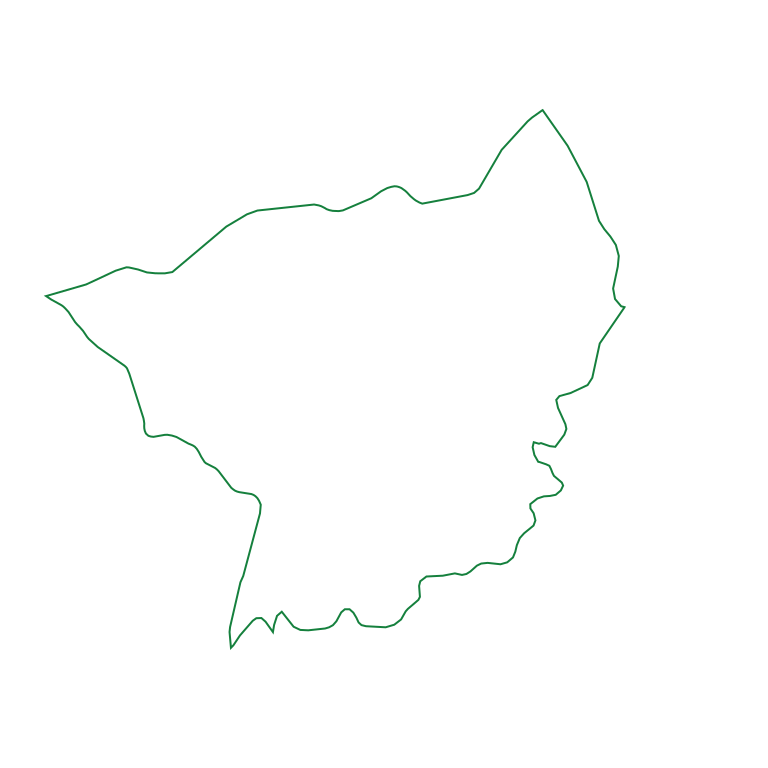 the border of Soriano, rotated 155°
{"feature_id": "URY-11", "entity_name": "Soriano", "entity_type": "Department", "adm_level": 1, "iso_a3": "URY", "parent_name": "Uruguay", "parent_adm1": "", "projection": "robinson", "projection_center": [-57.662, -33.492], "detail": "fine", "context": "isolated", "style": "outline", "palette": "green", "viewbox_px": 768, "rotation_deg": 155, "n_neighbors": 0, "source": "natural_earth", "source_scale": "10m", "svg_char_len": 2662}
<svg xmlns="http://www.w3.org/2000/svg" viewBox="0 0 768 768"><g transform="rotate(155 384 384)"><path d="M124.5,565.2L116.9,522.3L114.9,481.5L120.2,441.0L118.9,431.2L116.5,421.9L115.1,412.0L117.1,400.8L122.5,391.6L136.0,373.7L138.7,363.4L136.2,354.2L133.5,352.0L133.6,351.9L171.3,329.6L192.6,301.6L199.9,297.0L218.8,297.0L230.1,298.9L234.6,296.8L236.4,288.8L236.6,270.9L237.7,266.2L242.0,261.9L255.3,254.7L260.0,257.6L266.7,264.1L268.8,264.4L272.9,267.9L276.0,263.9L277.7,256.1L277.1,248.3L276.0,247.5L271.0,242.7L268.7,240.0L268.6,236.3L268.9,232.2L268.8,228.9L264.5,219.5L264.6,216.2L268.7,212.8L275.2,211.0L280.9,212.4L286.6,214.6L293.3,215.4L302.2,213.3L303.9,209.3L303.0,203.6L304.4,196.4L308.3,192.5L320.1,189.5L326.0,187.0L331.7,181.8L335.8,176.6L340.4,172.3L347.7,170.3L354.6,171.4L365.7,178.1L371.8,180.2L376.6,180.1L384.9,177.6L389.6,177.0L394.0,178.0L399.8,182.4L411.7,185.4L426.9,191.6L434.5,189.9L437.5,186.2L441.4,175.9L444.1,173.8L457.4,170.1L460.4,168.8L468.0,163.4L476.4,161.5L485.3,162.8L502.7,172.1L506.3,175.0L507.8,178.6L507.8,183.9L508.4,189.7L510.4,194.4L514.7,196.4L519.3,195.1L527.4,189.1L532.2,187.0L536.6,186.7L540.7,187.3L556.8,192.8L563.8,196.5L568.5,202.2L572.9,220.8L578.9,219.1L585.4,212.1L589.5,206.1L591.8,218.6L594.0,223.7L598.7,225.7L603.0,224.9L620.8,217.0L630.8,210.9L634.2,209.6L628.8,224.5L626.2,228.8L597.9,265.0L592.7,269.5L551.1,319.1L546.7,326.7L546.6,331.0L547.0,334.1L547.9,336.6L549.1,338.6L550.7,340.3L560.8,347.1L562.6,348.6L564.1,350.3L565.3,352.4L566.3,354.5L570.7,374.8L571.5,377.1L572.5,379.2L579.0,387.6L579.0,387.8L579.6,389.1L580.4,395.2L580.6,400.7L581.1,404.4L582.0,407.2L583.3,409.2L584.8,410.9L586.4,412.6L594.5,423.7L598.0,426.9L601.9,429.6L604.3,430.6L615.2,433.5L617.5,434.9L619.4,436.6L620.7,439.7L620.6,442.6L620.0,445.1L619.1,447.3L618.0,449.4L617.2,451.9L616.5,454.6L610.5,501.0L610.3,506.9L610.7,508.4L611.4,510.1L627.8,538.5L632.5,549.6L633.2,552.3L634.3,559.3L635.9,564.8L636.9,567.5L637.8,570.7L639.5,582.6L641.0,587.4L641.9,589.7L643.0,591.7L649.9,601.2L653.1,606.5L611.9,600.1L579.3,600.1L568.1,598.6L565.9,597.4L558.5,591.7L551.7,585.3L544.3,580.9L535.8,576.9L528.5,574.9L460.4,593.3L436.5,595.7L425.4,594.7L371.5,576.2L367.6,573.4L365.7,571.6L363.2,568.4L363.7,569.0L363.0,568.1L362.2,566.8L360.1,564.7L357.3,562.6L351.9,559.8L347.9,558.7L317.0,557.7L305.2,559.9L298.2,560.2L294.1,559.6L291.0,558.8L289.3,557.9L288.2,557.1L286.8,555.8L285.4,554.2L283.1,550.1L282.2,547.9L280.7,543.2L278.7,538.8L277.6,536.8L275.2,533.5L273.1,531.3L228.4,519.9L221.6,519.1L215.3,520.9L178.4,546.5L142.9,561.3L137.3,562.9L124.7,565.2L124.5,565.2Z" fill="none" stroke="#15803d" stroke-width="2"/></g></svg>